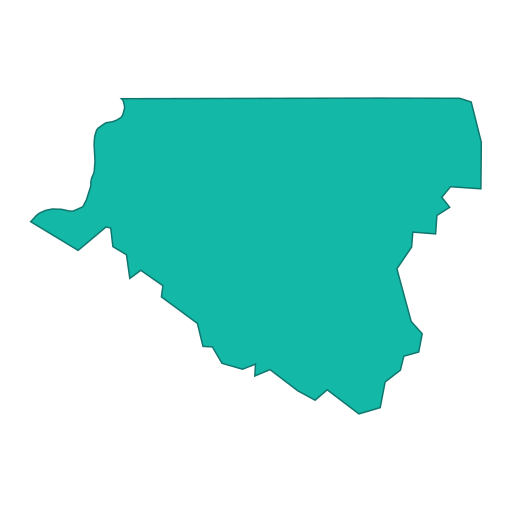 the district of Wetzel, West Virginia, United States of America
{"feature_id": "52423323B41320472934354", "entity_name": "Wetzel", "entity_type": "district", "adm_level": 2, "iso_a3": "USA", "parent_name": "United States of America", "parent_adm1": "West Virginia", "projection": "equal_earth", "projection_center": [-80.719, 39.575], "detail": "fine", "context": "isolated", "style": "filled", "palette": "teal", "viewbox_px": 512, "rotation_deg": 0, "n_neighbors": 0, "source": "geoboundaries", "source_scale": "gbopen_adm2", "svg_char_len": 982}
<svg xmlns="http://www.w3.org/2000/svg" viewBox="0 0 512 512"><path d="M121.4,98.7L123.0,100.2L124.5,106.0L124.5,108.4L122.7,115.1L121.1,117.4L116.8,120.1L112.2,121.8L106.2,122.7L104.1,123.9L98.2,128.1L96.6,130.1L94.8,135.8L94.4,139.4L94.1,144.4L95.0,161.4L94.1,172.3L91.5,178.5L90.7,182.9L91.0,184.1L90.5,187.1L86.4,199.9L82.8,206.8L73.1,211.1L69.6,211.1L61.6,209.3L52.2,209.0L45.5,210.4L39.3,213.2L36.4,215.5L30.7,221.7L78.1,250.4L106.0,227.0L110.7,228.0L112.9,246.6L126.5,254.8L129.8,278.4L140.8,270.3L162.9,285.7L161.4,296.9L197.4,323.4L203.0,346.4L212.4,346.9L222.0,363.3L242.5,369.2L255.5,364.1L254.8,376.0L270.0,369.6L297.9,390.9L315.1,400.2L327.2,389.8L358.9,413.9L380.2,407.6L385.1,382.0L400.4,370.1L403.8,356.2L418.7,352.0L422.2,333.8L411.2,321.5L396.9,268.8L411.6,247.1L412.8,232.1L435.6,233.9L436.9,215.4L449.7,207.3L441.8,197.3L450.5,186.7L480.9,188.8L481.3,142.2L471.2,102.0L459.8,98.3L379.3,98.1L121.4,98.7Z" fill="#14b8a6" stroke="#0f766e" stroke-width="1.5"/></svg>